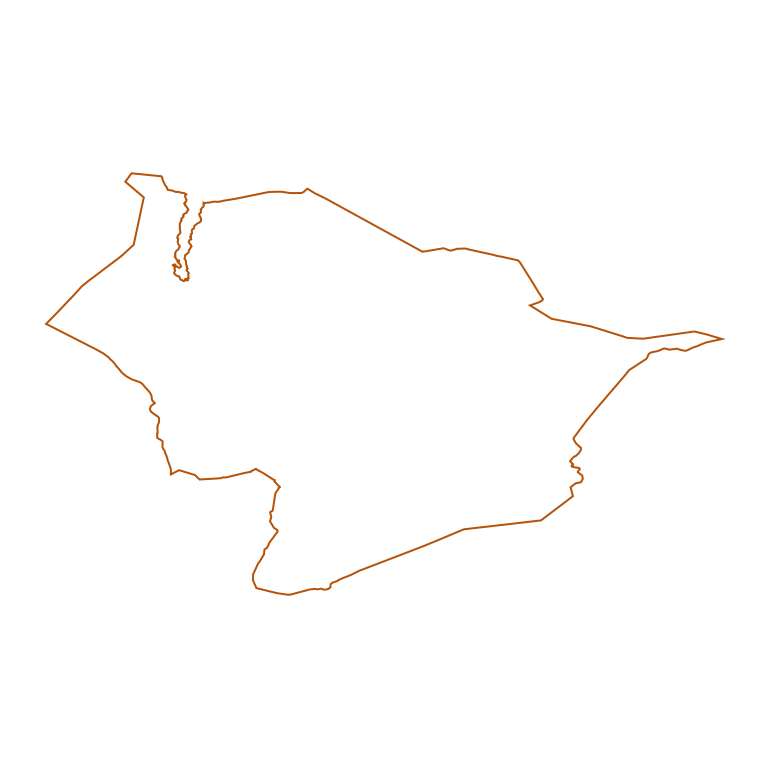 Odda nor, Hordaland, Norway (Natural Earth projection)
{"feature_id": "86288312B11299132347208", "entity_name": "Odda nor", "entity_type": "district", "adm_level": 2, "iso_a3": "NOR", "parent_name": "Norway", "parent_adm1": "Hordaland", "projection": "natural_earth1", "projection_center": [6.638, 59.946], "detail": "fine", "context": "isolated", "style": "outline", "palette": "amber", "viewbox_px": 768, "rotation_deg": 0, "n_neighbors": 0, "source": "geoboundaries", "source_scale": "gbopen_adm2", "svg_char_len": 6085}
<svg xmlns="http://www.w3.org/2000/svg" viewBox="0 0 768 768"><path d="M131.6,173.3L125.3,181.7L143.8,197.4L133.7,244.7L123.6,254.1L120.0,257.1L89.0,280.5L81.8,286.3L73.2,295.8L57.2,312.6L46.1,323.9L95.5,349.1L103.3,353.4L108.9,357.6L110.3,359.4L112.0,360.7L114.0,362.8L116.6,366.4L119.0,369.0L121.5,372.2L124.4,374.8L126.5,376.4L131.9,379.4L138.8,381.8L140.8,382.7L142.6,384.2L145.7,387.9L147.6,389.8L149.8,392.4L151.4,395.3L151.9,399.1L152.1,400.1L153.2,401.5L154.8,403.0L154.1,403.7L153.0,404.3L150.8,406.3L149.9,408.7L150.5,411.0L152.3,412.8L156.4,415.7L157.4,416.1L159.1,418.1L159.0,422.2L157.5,425.8L157.7,426.3L157.4,427.2L157.7,432.7L157.0,433.7L157.3,434.6L157.3,435.1L157.1,435.3L157.2,436.6L157.1,437.0L157.3,437.9L158.8,438.9L160.2,439.5L162.5,441.3L162.6,441.7L162.5,447.3L163.1,448.7L164.1,450.0L164.8,451.3L165.2,453.3L166.4,455.5L166.7,456.9L167.2,457.9L167.5,459.8L169.0,463.6L170.3,467.6L170.9,469.6L171.0,471.1L170.8,472.5L170.9,474.4L179.1,470.2L194.9,475.0L199.6,479.5L218.2,478.4L220.8,478.2L222.8,477.4L225.8,477.5L242.7,473.4L250.4,471.8L250.5,471.6L250.9,471.8L251.7,471.3L252.5,470.4L254.7,469.6L255.7,468.8L256.0,468.8L256.6,469.5L263.6,473.3L273.5,479.7L274.6,480.0L274.8,480.4L274.4,481.3L274.8,481.8L275.5,482.4L275.8,483.0L276.5,483.5L277.6,484.9L279.9,486.8L279.9,487.1L278.6,487.9L278.7,488.4L275.4,493.3L272.7,510.6L270.1,512.2L271.3,517.1L270.0,521.3L273.9,527.8L277.2,529.9L277.7,531.5L269.5,542.5L267.1,547.8L264.5,549.4L264.0,554.2L260.3,560.6L258.0,563.7L253.1,574.4L252.9,580.0L256.4,588.1L276.7,593.1L286.8,594.6L290.3,594.7L309.1,589.6L314.4,588.9L317.5,589.3L321.5,588.7L323.5,589.6L324.9,589.7L327.9,589.1L330.4,587.4L330.5,584.9L330.7,584.2L332.1,582.8L337.2,581.1L338.8,579.9L343.3,577.9L349.4,575.6L359.4,570.7L424.6,545.7L463.9,529.3L541.0,520.4L572.9,496.2L570.6,487.2L575.6,483.4L581.0,482.2L582.8,478.9L582.3,475.7L581.7,475.0L579.3,473.4L577.9,472.2L577.8,471.8L578.4,470.8L579.8,469.3L579.6,468.4L578.8,467.9L573.4,467.1L571.9,466.6L571.6,466.2L571.6,465.9L573.0,465.0L573.0,464.1L572.0,463.7L571.7,463.2L571.5,462.4L570.4,461.7L570.1,461.2L571.7,459.0L574.2,456.5L575.6,456.2L576.7,455.0L578.4,453.8L580.9,449.9L581.0,448.0L576.2,443.6L575.1,441.9L573.5,439.0L573.9,437.7L587.3,419.7L598.5,406.2L624.4,376.0L629.1,370.1L646.0,359.1L646.5,358.7L647.4,357.1L648.7,354.0L649.9,353.1L652.0,352.2L657.2,351.2L660.1,350.2L662.9,348.8L664.7,348.5L665.4,348.5L666.9,349.1L668.2,349.2L668.9,349.7L677.2,348.7L679.0,349.4L682.7,350.4L685.7,350.8L687.9,350.0L692.8,347.6L698.3,345.8L699.3,345.1L706.4,342.4L721.9,339.0L706.2,334.3L694.3,331.5L643.2,338.7L627.2,337.9L622.7,336.3L590.6,326.3L551.6,318.8L530.0,305.4L538.9,302.3L541.6,300.8L542.8,299.7L543.0,299.2L538.3,292.0L533.9,284.6L519.8,262.1L517.8,260.3L501.6,256.7L497.0,255.9L493.1,254.8L469.4,249.6L465.2,248.5L457.3,248.8L450.5,250.7L447.4,249.7L446.0,249.0L443.6,248.3L442.5,248.4L425.2,251.4L423.5,251.4L422.6,251.8L325.9,198.7L315.1,193.4L307.4,188.7L305.9,189.8L304.2,191.6L301.6,193.0L290.3,193.1L281.2,191.7L273.7,191.8L268.3,192.1L237.0,198.5L223.1,200.8L220.5,201.5L219.7,201.4L217.8,202.0L216.0,201.6L211.8,201.9L210.7,202.4L206.1,202.8L205.0,203.2L203.6,202.7L203.7,203.4L203.4,204.0L203.6,204.3L203.9,205.1L203.8,205.7L203.0,207.1L202.0,207.7L201.3,209.0L200.8,209.3L200.7,209.8L201.0,210.1L200.8,210.8L201.0,211.3L200.9,212.4L200.7,212.8L199.6,213.4L199.2,214.3L199.4,215.3L199.9,216.4L200.5,217.1L200.5,217.7L200.9,218.2L200.8,218.7L201.2,219.4L200.9,220.1L201.0,220.7L200.2,222.0L199.7,222.2L199.4,222.6L198.8,222.7L197.3,223.5L194.4,225.9L194.1,227.6L193.6,228.8L192.8,229.0L191.9,230.0L191.8,231.6L192.1,233.2L191.6,233.9L191.0,234.1L190.7,235.3L191.1,236.1L191.1,236.5L190.2,237.0L191.0,238.1L190.8,238.3L191.1,238.6L191.2,239.3L189.3,240.4L188.9,241.8L189.0,241.8L189.1,242.8L189.9,244.0L191.1,245.3L191.1,246.2L191.2,246.5L191.4,246.6L190.6,247.5L190.0,248.9L189.2,249.6L188.9,250.4L189.0,251.4L188.5,252.2L187.7,253.3L186.6,254.0L186.2,254.6L185.4,254.9L185.1,255.5L185.2,256.2L184.8,257.3L184.8,258.1L184.5,258.7L185.3,259.8L186.0,261.3L186.1,264.2L186.9,266.1L186.7,266.2L186.9,266.6L187.1,268.1L187.7,268.8L187.3,269.3L186.9,269.4L186.6,270.2L187.3,271.3L188.6,272.7L188.7,273.6L188.2,274.1L188.1,274.8L188.3,275.3L188.3,276.1L188.6,276.7L188.2,277.4L188.1,277.8L188.5,278.3L187.1,278.6L187.7,279.4L187.9,280.1L187.7,280.4L186.8,280.3L187.1,279.9L187.2,279.5L186.9,279.1L186.6,279.1L185.1,279.2L184.7,280.5L184.0,281.1L183.0,280.9L182.7,280.4L180.4,279.5L180.4,278.8L179.8,278.0L179.1,276.4L177.5,276.0L176.0,275.2L174.3,273.7L174.2,272.6L175.1,270.8L175.1,270.2L174.8,270.0L174.4,269.2L174.9,267.7L174.7,267.2L173.4,265.9L172.9,265.1L173.8,264.5L175.1,264.5L175.9,265.7L176.6,266.4L176.5,266.5L179.4,267.9L181.0,266.6L180.8,266.4L180.8,265.3L179.3,263.6L179.3,263.3L178.7,263.1L178.7,262.7L178.9,262.5L178.8,262.3L178.0,262.0L177.5,261.6L178.0,261.2L179.0,261.3L179.1,260.5L177.4,260.1L176.1,258.9L175.6,257.5L174.8,256.9L175.3,256.0L175.1,255.6L175.3,255.4L175.2,254.5L175.4,254.0L175.0,253.4L176.4,250.8L178.3,249.5L179.1,247.7L179.6,247.2L179.8,246.4L179.6,245.7L179.1,245.5L178.0,243.5L177.9,242.6L177.6,241.8L177.8,241.6L177.9,240.6L178.1,240.2L177.9,238.9L178.1,238.6L177.3,237.9L177.7,237.2L177.5,236.5L178.0,235.5L179.9,233.5L180.5,232.4L179.9,229.5L179.9,228.7L180.0,228.1L179.6,227.5L179.9,226.3L179.7,224.1L180.5,222.0L181.1,221.3L181.1,220.3L181.7,219.9L181.3,219.4L181.4,218.4L182.4,217.6L183.0,217.4L183.4,216.6L183.6,216.0L183.2,215.6L183.4,215.4L183.4,214.4L186.5,212.8L187.3,211.1L187.3,210.7L187.9,210.1L188.3,209.9L188.3,209.3L187.7,208.2L186.7,207.4L186.5,206.5L185.1,205.3L185.1,204.8L184.6,204.1L184.9,204.0L184.4,203.3L184.7,203.1L184.8,202.7L185.5,202.4L185.7,201.9L185.6,201.6L186.3,201.1L186.5,200.3L186.5,199.8L185.3,197.3L185.0,195.8L185.2,195.4L186.1,194.8L186.4,194.4L183.9,193.0L181.1,192.7L178.0,191.8L176.4,192.0L173.4,191.1L172.5,190.5L171.2,190.5L167.7,189.8L167.1,188.6L167.2,187.9L165.9,186.1L165.4,185.7L162.9,180.5L162.3,178.4L162.3,177.6L161.5,176.3L131.6,173.3Z" fill="none" stroke="#b45309" stroke-width="2"/></svg>